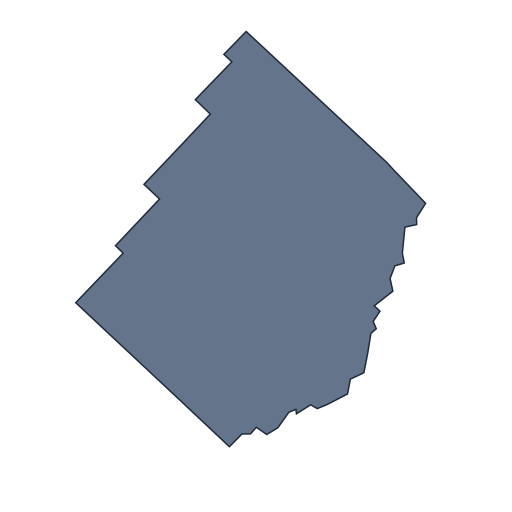 Butler, Missouri, United States of America, rotated 43°
{"feature_id": "52423323B14076853941124", "entity_name": "Butler", "entity_type": "district", "adm_level": 2, "iso_a3": "USA", "parent_name": "United States of America", "parent_adm1": "Missouri", "projection": "natural_earth1", "projection_center": [-90.333, 36.712], "detail": "fine", "context": "isolated", "style": "filled", "palette": "slate", "viewbox_px": 512, "rotation_deg": 43, "n_neighbors": 0, "source": "geoboundaries", "source_scale": "gbopen_adm2", "svg_char_len": 753}
<svg xmlns="http://www.w3.org/2000/svg" viewBox="0 0 512 512"><g transform="rotate(43 256 256)"><path d="M156.0,413.1L201.1,413.2L204.1,413.2L204.4,413.2L296.0,413.3L361.8,413.6L366.6,413.6L367.1,395.8L373.3,389.8L373.0,381.1L385.6,379.2L389.1,366.6L386.6,347.9L389.8,340.9L393.2,343.8L397.5,327.5L404.9,325.8L409.4,315.9L417.0,294.5L409.0,281.7L414.5,267.8L404.5,251.7L392.8,234.2L393.6,227.2L386.3,223.9L384.3,211.8L376.4,211.8L380.1,188.4L369.4,181.0L364.3,168.5L369.2,160.0L361.2,154.2L345.2,133.3L352.1,123.4L347.3,118.6L344.1,101.8L296.9,99.1L288.5,98.4L95.7,98.5L95.0,130.4L105.9,130.5L105.0,183.0L125.8,183.4L125.7,216.1L125.2,280.0L146.6,280.1L146.2,344.3L156.9,344.5L156.0,413.1Z" fill="#64748b" stroke="#1e293b" stroke-width="1.5"/></g></svg>